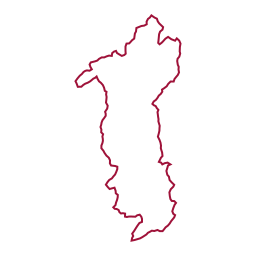 Areias, São Paulo, Brazil
{"feature_id": "56859067B47873164030304", "entity_name": "Areias", "entity_type": "district", "adm_level": 2, "iso_a3": "BRA", "parent_name": "Brazil", "parent_adm1": "São Paulo", "projection": "natural_earth1", "projection_center": [-44.716, -22.678], "detail": "fine", "context": "isolated", "style": "outline", "palette": "rose", "viewbox_px": 256, "rotation_deg": 0, "n_neighbors": 0, "source": "geoboundaries", "source_scale": "gbopen_adm2", "svg_char_len": 3082}
<svg xmlns="http://www.w3.org/2000/svg" viewBox="0 0 256 256"><path d="M151.4,15.4L149.8,17.6L148.0,18.9L146.6,21.6L146.7,24.3L144.2,25.6L141.4,26.0L136.4,28.0L136.0,31.5L134.9,33.5L134.2,38.6L132.1,40.2L130.5,42.0L129.2,43.4L126.5,43.6L125.5,46.5L125.5,50.9L125.7,53.7L124.3,55.0L121.8,55.9L119.4,54.5L117.0,53.0L116.0,50.9L114.0,51.6L112.2,53.1L111.8,55.9L109.0,55.6L106.5,56.4L104.3,57.4L101.7,57.4L99.0,58.9L97.4,60.5L95.2,61.3L93.2,61.8L90.8,62.4L89.6,64.5L90.5,67.1L91.8,69.3L89.6,70.7L86.9,70.4L85.2,70.9L83.5,72.0L81.9,74.0L79.8,75.7L77.6,78.3L75.5,81.2L76.6,83.5L77.8,86.8L81.4,86.7L83.2,85.0L85.2,83.7L87.8,82.7L90.2,81.3L92.0,79.8L93.4,78.6L95.0,77.9L96.6,76.5L97.6,78.9L99.0,81.3L100.9,82.8L102.9,85.1L104.1,87.8L104.8,90.8L106.5,91.8L106.1,94.4L106.6,97.0L106.4,99.3L106.0,102.6L107.7,105.7L107.2,108.6L105.1,111.8L105.7,113.7L105.7,115.8L104.2,118.0L102.5,120.2L101.6,122.5L101.2,124.8L100.5,127.0L101.4,129.6L101.2,132.3L103.1,134.2L102.4,136.5L102.8,138.8L102.9,140.9L102.4,143.1L101.4,145.6L101.4,148.3L103.5,150.9L104.4,152.7L106.4,155.6L108.8,157.7L110.0,160.3L109.9,163.4L111.1,165.5L115.1,166.0L117.3,166.7L117.3,169.1L116.3,171.8L115.1,174.5L113.4,176.4L111.9,178.4L109.3,179.9L107.5,182.1L105.9,184.7L108.0,187.3L109.6,189.0L111.8,188.4L114.5,187.7L115.6,190.8L115.8,193.3L117.8,194.9L117.7,197.2L117.1,199.8L116.0,202.7L115.5,205.1L113.3,207.3L114.7,208.8L116.7,209.0L118.6,210.0L119.4,212.1L121.0,213.5L122.9,213.2L125.1,213.6L125.0,216.6L126.9,217.0L128.6,216.6L130.4,216.5L133.0,216.6L135.4,216.7L137.2,215.3L139.7,214.7L141.3,216.7L142.0,218.9L142.0,221.9L139.4,223.0L137.4,225.8L135.9,228.1L134.3,230.7L132.2,233.7L133.2,236.0L132.1,238.0L131.6,240.6L134.6,240.0L137.6,239.1L140.0,238.4L142.2,237.2L144.4,235.8L146.4,234.5L147.9,232.8L149.7,231.9L151.8,230.7L154.3,231.0L157.5,230.0L159.7,231.1L162.6,231.1L164.3,229.0L165.6,227.3L167.9,225.6L169.7,223.5L171.1,221.2L174.2,217.4L175.1,215.1L173.3,213.8L172.3,211.3L173.3,208.1L174.6,204.8L176.0,202.9L174.3,201.1L171.7,200.9L170.4,199.0L169.8,196.0L169.4,192.3L170.8,189.2L173.3,186.7L174.2,184.8L171.6,182.3L169.6,180.0L168.9,176.6L167.3,174.8L166.4,170.9L167.3,168.0L168.0,165.5L170.4,164.4L167.6,162.6L164.7,163.2L162.3,164.4L161.2,162.7L158.9,161.9L160.9,157.8L162.5,156.0L162.1,152.4L161.4,150.3L160.8,148.2L161.0,145.6L160.5,142.7L159.5,139.9L157.9,136.7L158.8,133.4L159.4,130.8L159.5,128.0L159.7,125.8L159.1,123.8L158.4,121.4L158.5,119.1L158.1,116.8L157.8,114.2L157.5,112.1L158.4,109.9L156.8,108.1L155.7,106.1L153.8,105.2L152.4,103.9L153.7,101.5L155.9,99.9L157.4,98.0L158.8,95.6L160.8,93.9L162.3,91.7L162.0,89.6L163.9,88.4L166.7,86.3L168.2,83.9L170.6,81.5L173.7,81.5L174.5,79.0L176.2,76.9L177.8,75.0L179.0,72.4L178.5,69.6L178.7,66.8L177.8,64.8L177.2,61.0L177.6,58.7L179.3,56.7L180.2,53.5L179.7,51.5L179.9,46.9L180.5,43.6L179.2,40.6L176.8,38.4L175.1,40.7L171.3,39.2L168.1,36.9L165.4,38.7L163.0,41.4L161.6,42.8L159.6,44.3L158.2,42.9L158.5,40.5L159.1,34.2L160.1,31.6L162.5,29.6L163.1,27.1L159.2,23.4L157.8,21.4L156.9,18.7L154.6,17.6L151.4,15.4Z" fill="none" stroke="#9f1239" stroke-width="2"/></svg>